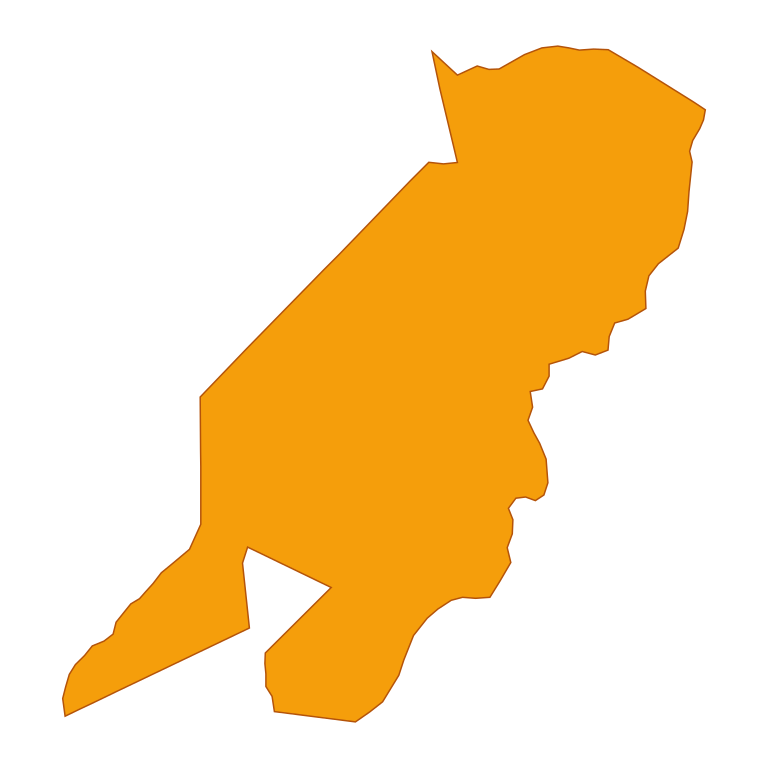 Lago dos Rodrigues, Maranhão, Brazil
{"feature_id": "56859067B92242830250607", "entity_name": "Lago dos Rodrigues", "entity_type": "district", "adm_level": 2, "iso_a3": "BRA", "parent_name": "Brazil", "parent_adm1": "Maranhão", "projection": "albers", "projection_center": [-44.931, -4.589], "detail": "fine", "context": "isolated", "style": "filled", "palette": "amber", "viewbox_px": 768, "rotation_deg": 0, "n_neighbors": 0, "source": "geoboundaries", "source_scale": "gbopen_adm2", "svg_char_len": 1453}
<svg xmlns="http://www.w3.org/2000/svg" viewBox="0 0 768 768"><path d="M705.3,109.8L694.5,102.6L638.2,67.4L608.2,49.7L593.7,49.1L579.4,50.1L568.9,47.9L557.8,46.1L541.9,47.9L524.5,54.6L499.1,69.0L488.9,69.4L477.2,66.0L457.4,75.1L432.0,51.6L439.9,88.9L453.8,147.2L457.4,162.5L443.5,163.9L428.8,162.3L410.3,180.8L338.7,254.9L323.4,270.2L247.4,347.9L200.2,397.0L200.6,451.2L200.8,466.5L200.8,524.3L189.5,549.3L172.6,563.5L161.3,572.8L153.2,583.4L145.7,591.7L139.5,598.7L130.8,603.9L124.2,612.1L116.1,622.2L113.1,634.1L104.0,641.1L92.3,645.9L84.6,655.5L75.4,664.6L69.3,674.4L65.7,686.7L62.7,698.5L65.1,716.2L80.0,709.0L96.9,701.0L116.1,691.7L249.4,628.0L242.5,563.1L247.6,547.1L331.2,587.5L265.3,653.0L264.9,663.6L265.9,673.9L265.9,686.5L272.1,696.4L274.4,711.6L355.4,721.9L369.9,711.8L382.6,701.8L398.8,675.3L403.8,660.0L413.5,635.5L427.2,618.2L437.9,609.0L451.2,600.3L462.5,597.3L475.6,598.3L489.9,597.3L500.0,581.0L510.8,562.5L507.2,547.7L512.3,533.8L512.9,519.7L508.4,508.3L515.9,498.2L525.6,497.0L535.4,500.6L543.9,495.0L547.9,482.8L546.1,459.1L539.7,443.4L533.8,432.7L528.0,420.3L532.6,407.2L530.2,391.5L542.5,388.9L549.1,376.1L549.1,364.2L568.9,358.2L582.2,351.5L595.3,355.0L608.0,350.1L609.2,336.5L614.7,323.0L628.0,319.2L645.9,308.5L645.3,291.1L648.9,275.8L658.4,263.7L678.2,248.1L684.0,229.4L687.6,211.5L689.0,191.6L692.1,162.0L689.6,151.2L692.7,140.5L699.7,128.7L703.5,119.9L705.3,109.8Z" fill="#f59e0b" stroke="#b45309" stroke-width="1.5"/></svg>